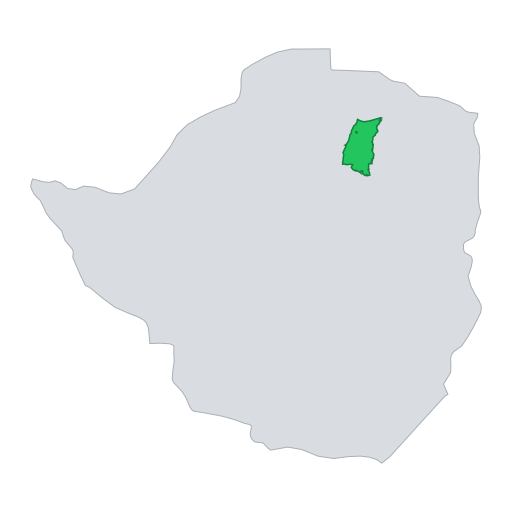 Mazowe, Mashonaland Central, Zimbabwe shown in context
{"feature_id": "62879985B76003628227782", "entity_name": "Mazowe", "entity_type": "district", "adm_level": 2, "iso_a3": "ZWE", "parent_name": "Zimbabwe", "parent_adm1": "Mashonaland Central", "projection": "mercator", "projection_center": [31.124, -17.263], "detail": "fine", "context": "in_parent", "style": "filled", "palette": "green", "viewbox_px": 512, "rotation_deg": 0, "n_neighbors": 0, "source": "geoboundaries", "source_scale": "gbopen_adm2", "svg_char_len": 5496}
<svg xmlns="http://www.w3.org/2000/svg" viewBox="0 0 512 512"><path d="M381.8,463.1L376.5,459.5L369.4,457.2L360.2,456.1L348.4,456.6L333.9,458.5L318.2,456.2L301.6,449.5L287.7,447.1L271.2,450.0L270.4,450.1L267.6,447.8L263.1,442.9L255.5,442.1L253.5,440.9L251.8,439.1L250.7,436.8L250.2,434.2L251.5,426.2L250.8,425.3L248.8,424.3L244.7,423.4L234.7,419.7L222.2,416.2L201.9,412.4L194.1,411.3L192.2,410.2L190.0,407.2L186.1,398.0L182.4,392.0L173.7,382.6L172.3,379.7L172.7,372.3L173.4,366.3L174.3,361.3L173.9,356.5L173.8,350.6L174.0,346.7L172.9,345.0L169.7,343.8L160.7,343.2L149.8,343.5L149.4,337.5L148.4,328.2L146.4,322.9L143.9,320.2L138.8,317.3L128.7,313.3L114.9,307.3L103.1,298.5L89.6,287.4L85.4,285.5L80.4,275.2L72.8,257.5L73.3,251.6L72.1,248.8L64.8,240.1L63.1,235.6L61.8,231.1L50.1,218.4L46.1,212.9L43.0,205.8L40.0,200.1L37.4,197.8L34.1,194.0L31.8,189.6L30.7,186.3L31.6,181.9L32.7,178.9L43.9,182.0L50.0,182.3L54.8,180.8L60.7,182.8L67.7,188.5L75.4,189.6L83.7,186.1L94.9,187.2L109.1,192.8L120.8,194.0L134.7,188.9L147.2,174.9L158.9,161.8L170.4,146.6L177.3,134.4L187.5,124.5L200.9,116.8L214.6,110.4L235.5,102.5L239.6,96.0L241.0,88.8L241.0,79.0L242.1,72.6L244.3,69.6L247.8,67.4L252.2,64.4L266.0,56.9L277.5,52.1L291.6,49.0L306.9,49.0L321.7,48.9L330.1,48.9L330.3,58.4L330.9,69.1L332.6,70.1L343.7,70.3L361.6,71.1L378.8,71.8L389.8,79.6L393.5,81.2L404.9,83.3L419.5,96.2L437.1,97.4L449.2,101.5L459.8,105.9L465.9,111.3L469.9,112.5L475.3,112.9L477.9,113.4L477.3,117.2L473.7,123.7L474.2,133.0L479.1,146.0L479.8,157.3L478.3,177.2L478.3,196.5L478.8,203.4L479.6,208.0L480.7,210.5L480.5,213.4L477.6,221.5L475.2,230.1L475.1,233.5L474.2,235.9L472.5,238.1L464.8,242.0L463.5,244.5L463.5,248.9L464.5,252.6L467.4,254.0L470.8,256.1L472.2,258.9L472.2,261.8L471.1,267.3L468.0,276.3L471.1,286.7L474.5,293.5L479.3,301.3L481.3,306.2L481.2,309.6L480.5,313.0L473.3,327.3L468.2,336.2L461.9,345.8L453.6,351.8L451.5,354.7L450.6,358.0L450.9,365.1L450.6,372.6L443.5,384.2L447.9,394.2L446.9,395.1L444.5,396.5L434.3,407.8L423.9,419.1L416.4,427.4L407.8,436.9L398.2,447.5L390.0,456.6L381.8,463.1Z" fill="#d9dde1" stroke="#a8b0b8" stroke-width="1"/><path d="M381.2,120.1L379.7,119.9L381.6,118.0L380.8,117.7L370.1,120.8L369.3,121.0L363.9,121.8L363.7,121.8L362.6,121.5L360.3,120.8L357.6,119.4L357.2,120.4L357.0,122.4L355.9,123.7L355.7,124.6L354.0,125.6L353.0,127.5L352.5,128.9L351.7,130.1L351.6,130.6L351.3,131.6L351.2,133.4L350.6,134.0L350.0,134.5L349.8,135.6L348.8,140.2L346.7,143.9L345.1,145.1L345.7,145.2L346.1,145.4L345.9,145.8L345.9,146.0L345.3,147.7L344.6,149.0L343.0,152.7L343.2,153.1L343.8,155.4L343.4,156.8L343.3,157.5L343.1,158.3L343.1,158.7L343.2,159.6L342.9,161.2L342.7,162.2L342.6,164.2L344.5,164.2L347.2,164.7L349.4,164.3L350.8,164.4L352.7,164.6L351.2,167.4L351.9,168.3L352.1,168.5L352.9,169.6L355.7,171.0L356.1,170.2L357.4,171.1L359.2,171.9L360.1,172.4L360.1,172.5L361.0,173.3L361.0,172.1L361.1,171.0L361.1,170.9L362.5,170.8L362.7,171.4L362.8,172.9L362.9,174.1L363.7,174.4L363.8,174.5L364.6,175.3L364.9,175.5L365.1,175.5L366.6,175.6L366.6,174.9L367.3,175.5L367.5,175.2L367.8,175.7L369.8,175.1L369.4,172.4L368.1,169.7L369.0,169.2L368.1,167.9L368.5,168.1L368.5,167.9L368.6,167.5L368.6,167.4L368.6,166.6L368.7,165.7L368.6,165.2L368.8,163.7L370.3,163.7L371.8,163.7L371.8,163.2L372.0,162.8L372.1,162.7L372.0,162.4L371.9,162.3L371.9,162.2L371.5,162.2L371.4,162.1L371.6,162.0L371.6,161.9L371.6,161.7L371.4,161.6L371.4,161.4L371.5,161.4L371.9,161.1L372.4,160.6L372.3,160.4L372.3,160.2L372.2,160.1L372.0,159.9L372.0,159.7L371.9,159.7L371.9,159.4L372.0,159.4L372.0,159.2L372.3,159.2L372.5,159.0L372.8,159.0L373.0,158.9L373.1,158.7L373.2,158.4L373.5,158.3L373.5,158.2L373.4,157.9L373.2,157.9L373.1,157.7L373.1,157.4L373.2,157.2L373.3,157.0L373.3,156.9L373.5,156.7L373.5,156.4L373.6,156.2L373.6,155.8L373.6,155.6L373.6,155.4L373.8,155.3L373.8,155.2L373.7,155.1L373.7,153.8L373.0,152.9L372.9,152.4L372.3,151.1L372.0,150.5L371.9,150.3L371.8,150.2L372.0,150.0L372.0,149.9L372.1,150.0L372.4,150.1L372.5,150.1L372.9,148.4L373.0,147.0L373.1,145.8L373.1,145.7L373.2,144.6L372.7,144.7L372.6,143.5L372.5,142.1L372.3,142.0L372.3,141.9L372.2,141.9L372.3,141.8L372.2,141.7L372.1,141.4L372.8,139.8L373.0,136.9L375.0,135.4L374.9,135.3L374.9,135.2L375.0,135.1L375.2,134.9L375.3,134.9L375.3,134.6L375.4,134.4L375.5,134.3L375.5,134.1L375.5,133.9L375.5,133.7L375.7,133.4L375.9,133.4L376.1,133.2L376.3,133.0L376.5,132.7L376.9,132.5L377.0,132.5L377.1,132.4L377.2,132.2L377.3,132.1L377.5,132.0L377.5,131.9L377.6,131.7L377.6,131.4L377.7,131.2L377.8,131.0L377.8,130.9L377.7,130.8L377.7,130.6L377.7,130.4L377.7,130.2L377.5,129.9L377.4,129.9L377.1,129.9L376.9,129.8L376.8,129.7L376.9,129.4L376.9,129.2L376.9,128.9L376.9,128.7L376.8,128.4L376.8,128.1L376.8,127.7L376.8,127.4L376.8,127.0L376.7,126.8L376.8,126.7L376.7,126.6L376.6,126.4L376.7,126.1L376.8,126.0L376.9,125.9L377.2,125.7L377.3,125.5L377.7,125.2L377.9,124.9L378.0,124.8L378.2,124.7L378.3,124.7L378.5,124.4L378.8,124.2L378.8,123.9L378.9,123.7L378.8,123.4L378.9,123.1L379.1,123.1L379.4,122.9L379.5,122.9L379.6,122.7L379.8,122.6L379.8,122.3L379.7,122.3L379.7,122.2L379.6,121.9L379.8,121.7L380.0,121.6L380.0,121.3L380.0,121.2L380.1,120.9L380.2,120.6L380.3,120.8L380.4,121.0L380.5,121.0L380.9,120.9L381.0,120.8L381.1,120.7L381.2,120.4L381.1,120.2L381.2,120.1ZM356.3,132.7L356.1,132.6L355.9,132.3L355.9,131.6L356.1,131.6L356.1,131.9L356.7,132.2L356.8,132.0L357.0,132.0L357.2,132.3L357.0,132.7L356.9,132.6L356.6,132.5L356.4,132.8L356.3,132.7L356.3,132.7Z" fill="#22c55e" stroke="#15803d" stroke-width="1.5"/></svg>